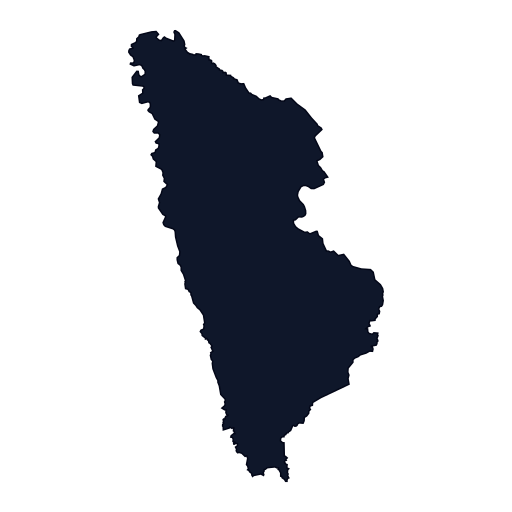 the district of San Sai, Chiang Mai, Thailand
{"feature_id": "78962969B96065605471256", "entity_name": "San Sai", "entity_type": "district", "adm_level": 2, "iso_a3": "THA", "parent_name": "Thailand", "parent_adm1": "Chiang Mai", "projection": "mercator", "projection_center": [99.037, 18.947], "detail": "fine", "context": "isolated", "style": "filled", "palette": "ink", "viewbox_px": 512, "rotation_deg": 0, "n_neighbors": 0, "source": "geoboundaries", "source_scale": "gbopen_adm2", "svg_char_len": 6009}
<svg xmlns="http://www.w3.org/2000/svg" viewBox="0 0 512 512"><path d="M317.1,124.2L311.4,118.0L305.1,110.0L297.1,104.2L291.1,98.2L286.0,99.0L284.3,101.0L281.5,101.2L278.6,99.8L278.0,98.9L271.6,97.5L270.1,95.9L265.2,98.1L263.9,98.1L263.5,99.6L261.4,100.0L259.0,98.9L256.2,96.3L251.8,94.5L250.6,93.2L249.0,93.1L245.5,87.9L243.7,83.7L241.1,83.9L238.3,83.0L237.0,79.8L233.7,78.8L234.0,78.5L233.3,77.7L230.8,76.3L230.6,75.4L226.3,75.2L226.1,72.9L225.1,72.3L223.1,72.8L222.9,71.4L222.0,70.5L219.4,69.9L219.3,69.0L215.8,66.7L216.0,65.5L214.7,63.8L213.2,63.1L212.3,63.6L211.5,62.8L211.7,61.0L210.8,60.1L209.1,59.9L208.9,57.9L208.4,57.7L208.8,56.7L204.6,55.8L202.6,56.0L201.3,55.3L201.3,54.6L198.5,54.0L196.1,53.8L195.9,54.8L193.3,55.0L192.8,54.4L190.1,53.8L189.7,54.1L188.6,52.9L187.9,53.0L184.8,49.0L186.1,48.1L184.8,47.5L184.2,45.9L184.7,44.5L184.0,41.0L178.8,32.8L175.5,30.7L174.6,30.8L174.0,32.1L175.0,34.5L174.7,40.1L173.6,41.2L165.8,38.1L164.5,37.0L163.5,37.6L161.4,40.6L159.1,40.2L156.2,37.7L156.2,36.9L158.5,34.3L156.1,31.5L151.5,31.9L140.1,34.7L139.3,35.2L138.9,36.8L136.8,38.7L136.7,41.0L135.8,42.5L131.5,44.5L131.4,46.3L132.9,47.4L133.1,48.2L129.6,49.1L128.9,50.7L128.8,52.2L130.6,55.0L133.0,56.7L134.4,60.3L133.9,62.5L132.9,63.1L130.6,63.1L130.3,64.1L134.0,65.8L139.3,64.6L140.8,65.0L142.1,66.1L142.9,68.2L144.4,69.6L145.3,71.4L145.1,74.3L141.5,76.7L140.3,76.5L138.8,74.8L138.2,71.4L136.8,71.3L132.2,77.3L132.5,83.6L133.1,85.0L142.3,86.0L143.5,86.3L144.1,87.3L143.9,88.6L142.6,89.8L142.8,93.2L138.7,95.8L139.6,102.4L141.8,103.4L147.7,101.8L149.4,102.1L150.3,103.6L150.4,106.4L150.0,107.7L148.2,109.6L148.0,110.5L149.2,111.8L152.2,113.5L154.9,119.1L158.6,121.6L157.5,125.9L153.7,129.4L153.0,131.5L154.3,133.0L158.3,133.0L159.8,134.8L159.3,137.8L155.4,141.6L156.1,143.0L158.8,143.7L159.1,145.1L158.7,147.4L158.0,148.6L155.8,149.9L155.0,152.6L151.8,153.5L151.1,154.8L152.6,156.3L153.3,158.9L156.3,161.6L155.9,166.3L161.1,169.0L162.0,169.9L163.1,172.7L162.8,175.2L164.4,178.3L164.0,181.4L167.5,184.7L165.8,187.5L162.5,189.1L161.2,193.9L158.4,198.9L159.6,202.6L158.4,206.6L158.5,208.0L162.9,214.4L165.5,215.8L165.6,217.0L163.1,222.6L163.8,224.7L165.3,226.3L173.1,228.8L174.5,229.9L175.2,231.6L175.6,237.0L177.7,245.9L179.9,251.7L179.5,255.5L177.2,257.7L177.2,259.8L178.1,263.5L180.1,265.0L181.2,267.0L181.2,270.4L183.5,274.2L185.6,280.7L185.0,281.8L185.4,282.3L184.9,283.9L185.6,288.6L188.1,289.3L189.2,291.6L190.9,292.5L191.0,295.0L191.6,295.6L193.6,303.0L195.9,305.4L197.3,307.6L200.0,309.8L203.5,315.1L204.7,323.0L203.6,324.5L204.1,325.7L203.7,329.0L201.0,330.2L200.3,331.6L202.0,333.6L202.2,335.5L205.5,338.1L205.5,339.0L206.8,338.5L207.5,340.0L208.4,340.1L209.0,342.8L210.0,343.3L212.1,346.1L211.1,347.3L212.9,351.3L210.7,352.7L211.1,354.0L210.4,355.2L211.3,359.4L212.8,361.1L212.3,363.4L213.0,368.8L216.3,377.5L218.0,380.6L217.9,382.2L219.3,385.8L220.8,394.5L225.2,399.1L225.2,401.1L224.6,401.9L225.2,403.9L224.7,405.7L221.9,408.1L224.6,409.8L226.1,410.0L225.9,412.7L226.8,414.7L228.0,415.1L227.5,416.0L225.8,416.4L225.1,417.8L225.2,418.8L223.6,419.0L223.1,419.7L223.6,421.3L223.1,422.5L223.7,423.5L222.7,424.4L222.6,426.0L223.2,426.8L223.3,429.9L229.3,428.0L229.7,427.1L232.0,428.4L233.1,427.6L233.9,427.9L233.4,430.9L234.5,431.6L234.3,432.9L234.9,433.6L233.7,433.7L231.2,435.7L230.8,437.1L232.5,437.5L233.2,439.1L233.0,441.4L234.7,442.1L233.6,443.0L233.8,444.1L234.7,444.1L235.5,443.4L237.5,443.6L237.5,445.7L235.5,447.1L236.6,449.3L236.2,450.7L236.7,451.8L237.7,452.8L239.0,452.4L241.8,453.2L245.1,456.4L246.7,455.8L247.7,458.3L246.5,464.6L247.7,466.1L248.4,468.8L247.6,469.8L248.9,470.4L249.6,471.8L251.8,473.5L251.8,475.0L252.6,476.4L253.6,475.5L260.8,474.0L263.5,475.4L263.8,474.5L263.1,472.8L264.0,471.3L264.1,469.5L265.3,469.3L267.3,467.7L275.0,466.9L276.9,467.9L278.5,467.9L278.2,469.4L278.8,469.5L280.7,472.9L280.7,476.2L281.8,476.4L282.1,477.7L284.5,479.4L285.6,481.3L287.0,481.3L287.0,479.9L287.8,478.3L288.8,477.9L287.6,475.6L288.1,474.0L287.4,472.7L287.7,469.6L288.7,468.8L286.8,467.8L287.1,464.6L285.4,463.9L285.2,463.0L284.5,462.9L284.4,461.6L284.8,460.9L286.2,460.3L285.6,459.5L287.2,457.9L285.4,456.3L284.3,456.1L284.0,442.8L282.6,442.7L280.4,440.8L280.7,438.1L282.0,436.9L284.0,436.7L283.9,435.9L284.9,434.6L285.6,434.7L286.7,432.9L288.0,432.8L288.6,431.8L290.6,430.5L292.7,425.7L293.8,425.4L294.7,426.2L296.0,426.1L297.0,425.4L297.5,424.0L299.2,422.9L303.1,423.2L304.1,420.8L304.3,417.4L306.6,416.0L308.7,413.3L308.8,411.1L310.4,409.5L309.5,408.1L310.1,406.0L312.4,405.3L312.6,402.5L320.8,397.6L349.0,384.2L348.0,378.6L348.9,375.1L347.8,372.2L348.1,368.1L352.9,362.3L352.9,359.7L354.8,358.0L358.2,356.6L360.2,354.9L366.0,353.1L369.6,351.1L372.5,351.3L373.0,349.0L372.4,347.1L371.3,346.7L371.4,346.1L376.2,345.1L376.9,343.7L377.0,341.7L377.7,341.4L377.8,340.3L376.9,338.7L378.0,335.6L377.5,335.1L377.8,333.1L373.8,332.8L372.4,334.3L369.1,333.5L367.8,331.8L367.6,328.9L365.9,328.7L367.8,326.8L370.1,325.9L368.9,323.2L370.2,320.4L371.4,320.8L375.0,320.3L375.1,318.9L377.3,316.5L377.3,314.2L379.2,313.7L379.6,311.3L378.6,309.1L379.6,306.7L381.5,306.2L382.5,304.7L383.2,300.6L382.4,296.4L382.9,295.0L382.5,293.9L383.2,291.8L382.6,288.5L380.4,284.7L374.8,279.8L373.2,272.2L370.5,269.6L361.3,269.0L352.8,266.6L350.9,265.2L349.2,261.3L343.7,254.4L338.2,255.6L333.6,251.1L330.6,252.2L328.4,251.1L326.4,251.0L322.9,243.5L322.4,238.8L318.4,235.6L317.2,231.4L316.2,231.3L310.4,233.7L309.3,233.6L307.4,232.0L304.7,232.4L298.1,228.9L295.5,226.7L293.5,223.3L293.4,220.2L295.4,219.8L298.5,216.8L301.8,217.0L303.5,216.3L305.0,215.2L305.7,213.7L305.6,210.6L304.4,206.7L303.3,204.6L299.5,200.7L297.8,197.1L297.4,195.1L298.1,191.6L301.0,186.7L303.5,185.5L305.8,185.5L308.4,186.5L311.2,188.5L314.1,188.6L323.3,184.4L324.4,182.3L323.3,179.1L325.1,177.8L327.7,177.1L324.0,171.8L322.4,170.8L320.5,167.6L318.3,165.5L316.8,160.8L319.8,159.5L322.8,156.7L322.1,152.6L320.9,151.4L314.3,137.8L315.2,135.9L321.9,129.5L321.1,128.0L317.6,125.7L317.1,124.2Z" fill="#0f172a" stroke="#020617" stroke-width="1.5"/></svg>